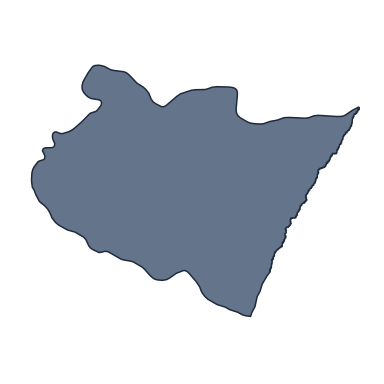 outline of Villa Vázquez, Monte Cristi, Dominican Republic, rotated 94°
{"feature_id": "3306468B4250882356752", "entity_name": "Villa Vázquez", "entity_type": "district", "adm_level": 2, "iso_a3": "DOM", "parent_name": "Dominican Republic", "parent_adm1": "Monte Cristi", "projection": "albers", "projection_center": [-71.426, 19.801], "detail": "fine", "context": "isolated", "style": "filled", "palette": "slate", "viewbox_px": 384, "rotation_deg": 94, "n_neighbors": 0, "source": "geoboundaries", "source_scale": "gbopen_adm2", "svg_char_len": 5819}
<svg xmlns="http://www.w3.org/2000/svg" viewBox="0 0 384 384"><g transform="rotate(94 192 192)"><path d="M198.4,351.6L201.2,349.6L205.6,347.6L211.7,343.8L212.9,342.6L215.9,338.1L219.3,334.6L222.5,332.4L227.7,329.8L232.0,325.9L234.3,322.7L238.0,314.9L238.7,313.0L240.1,306.1L244.3,297.5L245.4,296.0L247.5,294.2L253.2,291.0L255.2,289.0L256.2,287.3L258.8,280.8L258.7,279.2L257.2,274.5L257.4,271.6L264.0,258.0L264.6,255.0L265.2,248.8L265.8,245.8L270.5,236.3L272.4,233.9L278.3,227.9L280.2,225.5L281.3,223.7L282.1,220.6L282.2,215.4L281.2,211.3L279.7,208.8L274.2,202.0L271.1,195.4L270.9,193.8L271.0,192.9L271.8,191.2L273.6,189.0L281.0,181.7L285.8,177.9L290.3,175.8L292.7,174.2L295.6,171.5L298.0,168.5L302.6,159.0L304.4,151.1L306.8,146.0L308.7,138.2L311.0,133.1L311.7,130.1L312.0,124.9L308.1,123.9L302.0,121.2L291.9,119.7L285.9,117.1L279.0,115.5L270.4,111.3L266.2,108.5L265.6,108.5L265.6,108.9L264.0,108.9L264.0,108.5L263.2,108.5L263.1,108.1L262.0,108.1L262.0,107.6L258.0,107.6L258.0,107.2L254.8,107.2L254.8,107.6L254.0,107.6L254.0,107.2L253.6,107.2L253.6,106.7L252.8,106.8L252.9,106.3L250.8,106.4L250.7,105.9L250.0,105.9L250.0,105.4L247.2,105.5L247.2,105.1L246.4,105.1L246.4,104.7L245.6,104.7L245.6,104.2L245.2,104.2L244.8,103.5L244.0,103.4L243.6,102.5L243.2,102.5L243.2,102.1L242.8,102.1L242.4,101.3L242.0,101.3L241.6,100.4L241.2,100.4L241.2,100.0L240.4,99.6L240.5,99.0L240.0,99.1L240.0,98.8L239.6,98.7L239.7,98.3L236.4,98.3L236.4,97.8L236.0,97.9L236.0,97.4L235.2,97.4L235.2,97.0L234.0,97.0L234.1,96.5L232.8,96.6L232.7,96.2L231.6,96.2L231.2,95.3L229.6,95.3L229.6,95.7L229.2,95.7L229.2,96.2L226.8,96.2L226.4,95.3L224.0,95.3L224.0,95.7L222.9,95.7L222.8,96.2L222.0,96.2L222.0,95.7L221.2,95.7L220.8,94.9L220.4,94.9L220.4,93.6L220.0,93.6L219.5,92.8L218.8,92.8L218.4,91.9L217.6,91.9L217.6,91.5L216.4,91.5L216.4,91.0L216.1,91.0L216.0,91.5L214.4,91.5L214.4,91.9L212.4,91.9L212.3,91.5L211.6,91.5L211.6,91.1L211.2,91.1L211.2,90.2L210.8,90.2L210.8,87.6L210.4,87.7L210.0,86.8L209.6,86.8L209.6,86.4L208.4,86.4L208.3,86.0L207.6,86.0L207.6,85.5L205.3,85.5L204.8,84.8L204.0,84.7L204.0,84.3L202.9,84.3L202.9,83.8L202.1,83.8L202.1,83.4L201.2,83.4L201.3,83.1L198.4,83.0L198.1,82.1L197.3,82.1L197.3,81.7L196.4,81.7L196.1,80.9L195.3,80.4L195.2,79.6L194.8,79.6L194.9,79.2L194.5,79.2L194.5,78.7L193.6,78.8L193.2,77.9L192.8,77.9L192.8,77.5L192.0,77.5L192.0,77.0L191.6,77.0L191.6,77.5L190.0,77.5L190.0,77.9L188.8,77.9L188.8,78.3L187.7,78.3L187.7,77.9L186.4,77.9L186.0,77.0L185.3,77.0L185.3,76.6L184.5,76.6L184.2,76.2L183.2,76.2L183.2,75.8L182.5,75.8L182.5,75.4L181.7,75.3L181.7,74.8L180.9,74.9L180.8,74.5L180.1,74.1L180.0,73.6L179.7,73.6L179.7,73.3L178.9,73.2L178.9,72.8L177.7,72.8L177.7,72.4L177.3,72.4L176.9,71.5L176.5,71.5L176.5,71.1L175.7,71.1L175.4,70.7L174.5,70.7L174.4,70.2L174.1,70.2L174.1,69.8L172.1,69.8L172.1,69.3L170.5,69.4L170.4,69.0L169.3,68.9L169.3,68.5L168.9,68.5L168.9,68.1L165.7,68.1L165.6,67.8L164.5,67.7L164.5,67.2L163.2,67.2L163.3,67.7L161.3,67.7L160.9,66.8L160.5,66.8L160.5,66.4L159.7,66.4L159.7,65.1L159.3,65.1L159.2,64.3L158.9,64.3L158.9,63.4L158.5,63.4L158.4,62.6L158.1,62.6L158.1,61.7L157.7,61.7L157.3,60.9L156.5,60.9L156.5,60.5L155.7,60.5L155.5,60.0L154.1,60.0L154.1,59.5L153.7,59.6L153.7,59.2L153.3,59.2L153.3,58.7L152.5,58.8L152.5,58.3L152.1,58.3L152.1,57.9L151.7,57.9L151.6,57.4L150.9,57.5L150.8,57.1L150.1,57.1L150.1,56.7L149.7,56.6L148.1,56.6L148.0,56.2L146.9,56.2L146.9,55.8L146.5,55.8L146.5,55.3L145.7,55.4L145.7,54.9L144.9,54.9L144.8,54.6L144.1,54.5L144.0,54.0L143.7,54.1L143.7,53.2L144.0,53.2L144.0,52.4L143.7,52.4L143.7,51.1L143.3,51.1L143.3,50.7L142.5,50.7L142.5,50.3L141.9,50.3L140.1,50.3L140.1,49.8L139.3,49.8L139.2,49.4L138.5,49.4L138.5,49.0L137.3,49.0L137.3,48.5L134.5,48.1L134.4,47.8L134.1,47.7L134.1,47.3L133.7,47.3L133.7,46.9L132.5,46.9L132.5,46.3L130.5,46.4L130.5,46.1L129.7,46.0L129.5,45.6L128.5,45.6L128.4,45.1L126.1,45.2L126.0,44.8L125.3,44.7L125.3,44.3L124.5,44.3L124.5,43.9L124.1,43.9L123.7,43.0L122.5,43.0L122.4,42.6L122.1,42.6L122.1,42.0L121.7,42.2L121.7,41.7L121.3,41.7L120.8,41.0L120.1,40.9L119.7,40.0L119.3,40.0L119.3,39.6L118.5,39.6L118.4,39.4L117.7,39.2L117.7,38.8L116.5,38.8L116.5,38.4L115.3,38.3L115.3,37.9L114.5,37.9L114.5,37.5L112.1,37.5L112.1,37.1L107.3,37.1L107.3,36.6L106.1,36.6L106.0,36.3L105.3,36.2L105.3,35.8L103.3,35.8L103.2,35.3L102.9,35.4L102.9,34.5L102.1,34.1L102.2,33.6L101.3,33.7L101.4,33.2L100.5,33.1L100.5,32.8L100.1,32.8L100.1,32.4L98.9,32.4L98.9,32.0L98.1,32.0L98.1,31.5L97.7,31.5L97.8,31.0L96.0,31.1L95.8,31.9L99.3,37.7L104.6,44.4L105.6,46.3L106.2,48.4L106.6,52.9L106.7,71.4L107.5,75.7L109.8,80.8L110.5,84.1L110.8,99.2L111.2,103.8L111.7,106.0L114.4,112.1L116.1,118.9L118.8,125.1L119.4,128.3L119.5,134.0L119.2,138.5L118.3,141.5L114.5,149.2L112.7,151.4L111.2,152.5L109.3,153.3L106.1,153.8L93.5,153.5L89.3,153.7L87.4,154.4L86.5,155.1L85.4,156.9L84.9,159.0L84.7,162.4L85.2,174.5L86.1,179.2L88.3,184.3L88.9,186.5L89.7,195.5L90.5,199.6L94.9,210.4L98.0,214.2L107.8,224.1L109.0,226.4L109.1,228.1L106.3,234.8L104.8,237.0L101.9,239.4L96.6,241.9L93.0,245.1L90.6,248.2L87.4,254.3L79.7,262.8L77.9,265.3L77.1,267.2L76.7,269.3L76.2,278.7L75.7,281.7L73.0,287.8L72.3,290.7L72.0,293.8L72.6,297.6L73.4,299.3L74.8,300.5L80.1,303.8L89.6,308.4L93.6,309.1L96.7,308.8L98.6,308.0L100.4,306.8L102.7,304.6L104.6,302.0L105.8,299.0L106.5,291.8L107.0,290.0L107.6,289.2L109.3,288.4L111.9,288.8L117.5,292.5L118.5,293.9L120.0,297.8L120.8,299.3L129.3,306.5L135.9,313.0L138.9,316.5L140.5,319.3L142.8,325.3L142.8,327.6L141.5,331.7L141.8,333.3L143.0,334.6L144.6,335.1L147.3,335.0L149.0,334.5L153.3,332.3L155.8,332.5L156.5,333.0L157.5,334.5L158.1,341.1L158.7,342.7L159.2,343.3L160.6,344.0L161.4,344.0L166.3,341.2L168.7,341.3L169.4,341.6L170.3,342.8L171.7,346.4L172.6,347.8L177.8,351.2L180.6,352.4L183.9,353.0L189.7,353.0L193.1,352.7L198.4,351.6Z" fill="#64748b" stroke="#1e293b" stroke-width="1.5"/></g></svg>